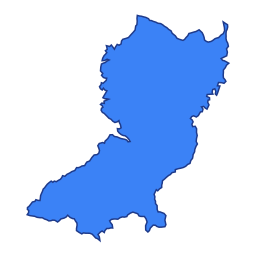 the district of Bofete, São Paulo, Brazil
{"feature_id": "56859067B50203748010191", "entity_name": "Bofete", "entity_type": "district", "adm_level": 2, "iso_a3": "BRA", "parent_name": "Brazil", "parent_adm1": "São Paulo", "projection": "natural_earth1", "projection_center": [-48.291, -23.129], "detail": "fine", "context": "isolated", "style": "filled", "palette": "blue", "viewbox_px": 256, "rotation_deg": 0, "n_neighbors": 0, "source": "geoboundaries", "source_scale": "gbopen_adm2", "svg_char_len": 4686}
<svg xmlns="http://www.w3.org/2000/svg" viewBox="0 0 256 256"><path d="M99.9,240.6L99.3,236.8L98.0,234.5L100.3,232.1L102.1,231.0L104.3,232.5L104.8,230.7L106.7,228.5L108.8,228.5L110.8,227.9L112.7,228.0L112.2,224.7L110.5,222.5L109.6,220.8L111.5,219.4L113.9,219.0L115.7,219.0L117.9,219.2L120.0,217.7L122.3,216.9L124.4,217.1L126.8,216.6L127.7,214.9L130.4,213.1L132.9,212.1L135.8,213.1L137.7,213.7L139.0,215.9L140.6,216.4L144.4,216.5L146.0,218.8L147.1,222.0L145.6,225.7L145.7,230.0L147.9,232.0L149.4,230.6L150.3,228.1L153.2,225.1L155.5,225.3L156.8,226.4L159.0,227.2L161.8,227.1L164.9,226.7L165.9,224.7L164.9,220.1L165.9,215.6L164.0,213.4L161.6,212.5L160.0,211.9L158.1,211.9L157.2,209.5L157.1,205.6L155.5,203.5L155.5,201.2L154.6,199.2L154.9,196.8L154.1,194.3L155.3,191.8L156.3,189.7L157.7,190.8L159.5,188.9L161.7,187.5L161.7,185.1L162.2,183.3L162.5,180.7L164.6,179.0L166.4,177.3L168.7,175.4L170.3,174.6L172.1,172.6L175.3,171.9L175.3,169.6L178.2,168.7L180.7,168.2L183.3,167.5L185.7,166.3L187.7,164.4L190.0,163.4L190.8,160.5L192.5,158.4L192.9,156.4L193.1,154.6L194.6,151.8L194.8,149.5L196.0,146.3L197.4,144.0L196.2,141.5L196.5,138.5L197.2,135.5L196.5,132.4L196.6,128.8L195.2,126.3L192.6,126.6L191.9,124.2L193.1,121.9L192.2,120.0L190.4,118.5L191.7,116.6L193.6,115.8L196.3,117.0L198.3,115.6L199.5,113.5L200.5,111.9L202.3,111.7L203.0,109.1L201.5,106.9L203.6,106.4L205.3,108.1L207.0,109.1L208.0,107.0L209.0,104.9L207.7,102.3L208.1,100.1L209.6,99.8L209.5,97.7L206.7,96.4L207.2,94.5L210.5,94.2L212.9,94.1L212.1,92.2L212.7,89.5L214.8,88.8L215.8,91.3L215.3,94.0L216.6,95.2L217.5,93.2L218.3,90.8L219.3,87.8L219.9,86.0L217.4,85.8L218.5,82.5L221.7,82.7L224.0,83.3L225.9,81.4L225.0,79.7L223.4,77.8L223.2,74.9L223.4,72.6L223.4,70.0L225.3,67.7L226.5,65.2L228.8,63.2L226.1,61.7L224.2,60.7L222.6,60.4L221.1,58.5L224.2,57.0L226.7,55.8L227.4,52.2L226.5,48.8L228.4,46.3L227.7,43.1L226.5,40.9L226.0,38.4L226.1,36.5L226.0,33.8L226.2,31.3L227.2,29.1L227.7,26.9L227.5,24.7L225.7,23.6L223.2,21.9L223.7,24.3L224.4,27.6L224.6,30.6L223.3,33.6L221.1,35.0L218.6,37.6L216.6,38.1L215.0,38.7L213.1,40.2L211.2,41.4L208.2,42.1L206.4,41.4L204.6,40.1L204.1,37.5L203.3,35.0L202.1,32.6L199.1,29.8L196.0,31.5L193.7,32.1L191.1,32.9L188.9,33.5L187.8,35.7L185.8,37.8L184.6,39.4L183.0,40.4L181.3,39.9L179.1,39.2L177.0,38.3L175.4,35.9L173.7,34.5L172.2,33.3L171.0,30.8L168.8,29.5L166.8,27.6L164.5,26.3L162.7,24.8L160.7,23.6L157.8,23.2L155.9,22.2L153.3,21.4L151.5,20.6L149.6,20.4L148.5,18.7L145.8,17.4L143.4,16.8L141.3,16.2L139.5,16.0L137.3,15.4L137.0,18.4L137.2,21.3L136.9,24.7L135.7,26.0L135.1,30.0L133.2,32.3L131.4,34.2L129.9,35.9L128.5,37.5L126.0,38.4L122.8,39.3L121.5,41.0L121.1,43.9L119.1,45.2L117.2,44.4L115.5,47.0L114.4,49.2L112.9,47.1L111.3,45.0L109.7,46.5L106.4,45.7L106.9,47.5L107.2,49.4L105.4,50.7L106.8,52.6L105.6,54.1L104.1,55.6L102.7,58.2L102.1,60.7L104.6,60.5L107.1,59.2L109.1,60.0L106.6,61.3L105.3,62.5L103.4,63.1L101.5,64.0L100.8,67.1L100.5,70.9L102.8,73.4L101.5,75.3L103.4,77.5L105.1,78.1L106.7,78.2L106.2,80.4L103.1,83.3L101.4,82.7L101.1,84.6L99.5,86.7L100.5,88.8L102.2,90.0L103.4,88.2L104.8,90.0L106.9,90.8L105.6,93.1L104.2,95.4L102.9,97.7L104.9,98.7L106.9,98.8L108.6,99.2L104.0,101.2L104.3,103.4L101.8,103.1L100.5,104.5L102.1,105.5L102.9,107.3L101.5,108.3L101.1,110.2L102.4,112.4L104.1,113.3L107.2,116.4L108.9,118.2L111.1,119.3L112.8,121.2L114.9,122.5L117.3,121.8L118.9,120.6L119.3,122.5L120.4,124.6L121.1,127.8L119.3,128.9L117.4,128.6L117.7,131.1L119.2,133.0L121.4,134.7L123.3,135.5L125.2,135.8L127.2,137.4L128.8,139.2L130.1,141.5L128.0,141.8L126.8,140.1L124.9,139.3L123.2,139.0L120.9,138.5L118.9,137.7L117.1,136.9L114.4,136.5L112.5,134.7L110.0,134.8L109.1,136.5L107.8,138.6L105.1,141.1L104.5,143.2L102.7,142.5L99.2,143.5L97.8,145.7L98.9,148.5L99.5,150.6L98.8,153.2L97.1,154.6L94.1,155.0L91.9,157.5L89.6,161.0L86.9,162.0L85.7,163.7L84.7,165.6L81.9,166.0L80.3,167.0L78.2,167.7L76.6,167.6L74.8,170.5L71.8,171.6L69.7,173.0L67.0,174.3L64.9,176.3L62.6,175.7L61.8,177.5L60.4,179.3L58.3,180.4L56.3,181.7L54.3,181.1L52.8,182.3L51.2,181.1L49.4,182.4L47.3,184.2L45.8,186.1L44.6,187.8L43.2,189.1L42.4,191.5L41.5,193.4L40.6,195.6L40.3,198.6L40.0,200.5L38.0,200.4L35.9,199.7L34.9,201.4L32.4,202.0L30.6,204.4L28.9,206.5L27.5,207.5L27.4,209.4L28.7,210.5L28.6,212.6L27.2,214.7L29.9,215.6L34.7,216.3L37.1,217.3L40.0,217.7L42.3,217.7L44.5,219.0L46.7,219.7L48.9,220.9L51.0,220.7L52.7,220.1L54.9,220.3L57.6,222.0L59.3,220.7L61.0,218.9L64.1,218.1L66.2,217.0L67.7,215.2L70.2,217.5L72.7,218.6L74.3,218.8L75.4,220.9L76.9,223.0L77.1,225.1L76.5,228.5L76.5,230.6L79.1,232.4L81.8,233.9L83.4,232.9L85.6,233.2L87.9,233.2L90.0,233.3L92.2,234.2L94.0,236.1L95.7,238.0L97.5,238.6L99.9,240.6Z" fill="#3b82f6" stroke="#1e3a8a" stroke-width="1.5"/></svg>